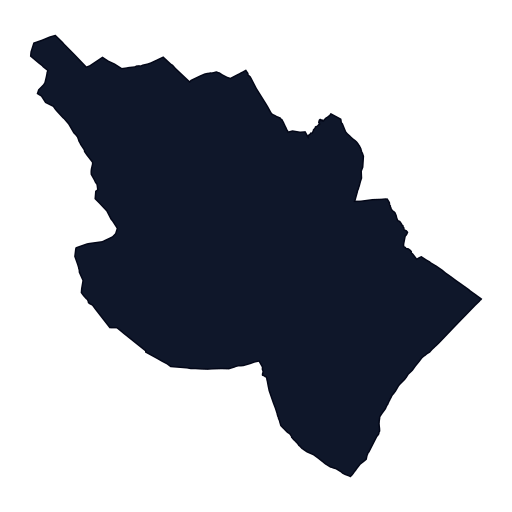 Drangedal nor, Telemark, Norway
{"feature_id": "86288312B55078713948498", "entity_name": "Drangedal nor", "entity_type": "district", "adm_level": 2, "iso_a3": "NOR", "parent_name": "Norway", "parent_adm1": "Telemark", "projection": "mercator", "projection_center": [9.073, 59.091], "detail": "fine", "context": "isolated", "style": "filled", "palette": "ink", "viewbox_px": 512, "rotation_deg": 0, "n_neighbors": 0, "source": "geoboundaries", "source_scale": "gbopen_adm2", "svg_char_len": 5900}
<svg xmlns="http://www.w3.org/2000/svg" viewBox="0 0 512 512"><path d="M481.3,299.0L469.8,290.7L468.9,289.8L455.9,280.6L448.7,275.3L445.5,273.1L442.2,270.3L435.5,265.7L435.0,265.6L434.7,265.3L430.8,263.0L429.4,261.8L426.5,260.2L421.3,256.8L418.8,258.0L416.7,259.3L413.0,254.5L412.4,253.8L411.1,252.8L411.3,251.6L410.3,250.4L408.3,248.9L405.8,248.5L405.4,247.8L405.3,247.5L404.4,247.1L403.8,246.6L403.6,245.9L403.6,244.6L403.6,244.0L405.0,236.8L405.2,236.1L406.2,235.0L406.8,234.0L407.5,232.3L406.4,230.9L404.0,229.8L403.8,227.8L403.1,227.1L402.9,225.7L401.7,224.8L401.4,223.8L401.0,223.5L400.6,222.6L399.6,221.4L397.8,220.7L396.7,218.1L396.1,215.5L394.9,212.7L393.6,211.5L392.9,211.2L392.2,210.5L390.7,208.1L390.6,207.9L390.8,207.7L390.6,207.3L390.3,206.6L390.3,205.8L389.7,205.1L389.3,204.0L389.5,203.2L389.1,202.2L387.2,199.1L386.3,199.1L386.0,199.3L385.6,199.0L381.3,199.4L372.7,199.7L360.7,201.3L354.5,201.4L355.3,199.2L355.6,198.0L357.3,191.9L357.5,190.7L358.1,189.4L358.4,188.6L358.7,187.3L359.1,186.3L360.4,181.4L361.5,178.1L361.2,171.1L362.7,167.2L363.4,156.3L362.3,153.0L361.9,152.5L361.5,151.8L361.5,151.2L361.1,150.1L360.9,149.0L360.4,148.1L360.2,147.4L359.8,147.0L359.4,145.9L358.8,145.5L358.6,145.0L358.6,144.8L358.5,144.6L356.8,142.3L356.0,141.5L355.0,140.6L352.7,138.9L350.2,136.6L350.0,136.3L347.2,133.8L345.6,131.9L342.3,123.8L341.5,123.0L341.2,122.3L340.9,120.0L340.7,119.2L338.9,118.2L330.9,113.9L330.3,114.7L330.3,115.0L330.2,115.2L329.4,115.7L327.3,117.4L326.4,117.8L325.3,118.7L325.0,119.2L324.3,119.7L323.6,120.9L323.4,121.1L322.7,121.0L322.3,120.5L322.3,120.2L322.1,120.2L321.9,120.1L321.7,120.4L321.2,120.6L321.2,120.3L320.9,119.9L320.4,119.5L320.1,119.5L319.8,119.7L319.7,120.0L319.3,120.3L319.3,120.5L319.5,120.5L319.0,121.3L319.0,121.7L318.8,122.3L318.8,122.5L319.2,122.7L319.1,123.2L319.6,123.7L319.6,124.3L319.4,124.6L318.7,124.7L318.4,125.0L317.6,126.0L316.4,126.7L315.9,126.7L315.4,127.1L315.3,127.4L315.3,128.0L313.5,129.9L313.4,130.7L313.0,131.6L312.5,132.5L311.9,133.2L310.7,133.2L310.3,134.1L308.6,135.3L308.5,135.7L308.2,135.8L308.0,137.1L305.1,131.9L300.1,132.3L292.5,131.0L288.1,132.2L287.6,131.0L286.8,129.9L285.7,127.3L285.4,126.9L284.4,124.7L284.0,123.9L283.5,122.7L281.8,119.6L281.2,119.3L280.2,118.5L280.0,118.2L279.9,117.8L279.4,117.8L278.0,117.1L276.7,116.7L274.7,115.5L273.1,114.8L271.6,113.8L270.6,112.3L267.7,107.0L265.9,104.0L256.2,88.5L251.0,78.4L250.1,76.8L248.0,75.0L247.8,73.3L247.4,72.8L245.8,70.4L242.8,72.1L240.9,73.0L239.5,73.9L238.3,74.4L230.4,78.5L227.0,77.4L222.2,74.9L219.4,73.0L217.8,72.6L216.6,72.0L215.4,72.2L214.2,72.6L211.8,73.1L210.1,73.0L209.6,73.3L207.4,73.5L204.7,74.1L200.3,76.0L191.1,80.4L189.6,82.0L175.2,68.4L172.5,65.3L170.8,64.3L163.2,57.2L150.9,63.0L147.7,64.1L142.8,65.2L141.0,66.0L140.4,66.1L139.0,65.9L136.6,66.1L134.8,67.0L128.8,67.6L126.3,68.1L121.7,68.7L114.5,64.1L108.2,61.2L102.5,57.4L89.8,65.9L86.3,67.2L74.4,54.8L63.8,44.1L62.5,42.5L55.3,35.5L49.7,37.1L42.0,40.3L33.9,43.1L31.1,51.9L30.7,56.1L39.4,63.4L40.4,64.1L42.4,65.7L43.2,66.7L46.6,69.4L47.9,70.4L47.1,72.8L47.0,73.9L46.3,77.3L45.0,82.7L43.7,84.8L38.7,89.9L37.5,93.6L41.5,96.0L45.6,102.4L53.4,106.3L55.4,109.2L57.1,111.2L63.0,117.6L64.3,118.7L68.8,124.0L73.9,132.8L75.9,134.8L77.6,137.0L78.6,139.7L79.0,141.1L79.9,142.6L80.8,144.5L84.4,149.9L84.6,151.5L87.0,155.0L92.6,162.2L92.6,164.1L91.5,168.8L91.3,170.2L91.2,171.9L91.3,174.3L94.4,179.8L95.5,182.2L97.1,184.4L97.8,189.8L95.8,191.3L95.2,198.7L99.6,203.1L106.9,210.9L111.1,219.1L112.7,221.0L117.4,228.3L115.7,233.7L112.7,236.8L109.5,238.4L102.2,241.8L89.0,243.6L87.0,244.0L76.2,247.8L75.8,248.9L74.9,256.4L77.8,264.6L78.7,267.6L78.8,268.5L79.3,269.9L79.4,272.2L83.1,280.5L81.7,288.7L81.4,292.6L83.7,295.7L86.5,298.8L87.1,299.1L87.8,300.2L88.2,301.1L88.5,302.6L89.5,303.5L92.1,304.8L92.8,305.4L95.5,309.1L109.9,327.6L117.0,327.7L125.0,334.3L145.7,350.8L145.8,352.1L157.7,358.6L162.0,361.1L167.2,363.8L170.7,366.5L187.1,367.8L190.7,368.5L195.1,368.5L201.7,368.9L207.6,369.1L211.8,368.8L221.5,368.5L228.8,368.7L234.6,366.9L235.6,366.4L238.4,365.7L241.1,365.7L243.3,365.5L250.2,363.5L254.6,361.9L259.1,361.0L262.5,367.0L262.4,369.3L262.8,370.4L263.1,371.5L263.3,371.7L262.7,373.2L262.9,373.4L262.6,374.0L262.5,374.5L262.5,374.9L262.6,375.2L264.3,375.8L265.2,376.6L265.6,376.5L266.1,376.8L266.8,378.2L267.0,379.9L267.3,380.8L268.3,386.3L268.7,388.1L269.2,390.6L273.4,402.8L275.5,408.3L277.2,413.6L277.4,414.9L277.8,415.7L277.9,416.5L278.3,417.0L278.6,418.6L278.8,418.8L278.8,419.1L279.1,419.5L279.7,421.3L279.8,421.9L280.5,424.2L280.7,425.1L281.0,425.7L283.6,428.4L284.1,428.8L285.4,430.2L287.5,432.3L288.8,433.1L290.0,434.0L291.5,436.2L291.7,437.3L292.3,437.8L292.6,438.3L294.0,439.9L294.4,440.1L295.0,440.8L295.6,441.2L295.9,441.8L296.3,442.0L298.4,444.5L298.9,445.4L299.9,446.1L300.4,446.7L301.5,447.8L302.0,448.4L307.0,451.8L313.6,454.7L318.4,458.2L325.5,463.9L330.5,467.0L331.9,467.3L333.3,467.9L336.1,468.7L341.3,471.9L342.6,473.1L345.1,474.4L349.5,476.0L350.3,476.5L351.6,475.3L353.0,473.6L354.3,471.7L355.5,470.3L356.4,468.9L360.1,464.1L364.6,460.6L366.2,459.2L366.7,456.7L366.9,455.7L367.9,453.2L368.2,452.5L368.8,452.0L376.8,436.3L377.6,435.5L378.8,433.7L378.6,432.7L379.3,431.8L379.6,430.9L379.5,428.5L379.2,425.9L379.0,423.5L379.1,422.6L379.2,421.0L379.6,418.3L379.7,416.8L382.0,413.3L385.1,409.1L385.7,408.0L386.2,406.7L387.1,405.0L387.8,404.1L388.0,403.4L389.2,400.8L389.6,400.2L390.2,398.8L391.0,397.5L391.5,396.3L392.5,394.6L393.5,393.7L394.0,392.9L395.4,391.1L398.4,385.9L399.6,384.4L404.6,379.4L405.6,378.0L406.0,377.6L408.2,374.1L411.1,371.4L412.4,370.1L415.3,366.0L419.3,361.1L421.7,357.9L423.7,356.1L424.9,355.4L426.7,353.8L429.7,352.0L429.9,351.6L430.4,351.1L432.2,349.1L434.4,347.1L434.6,346.8L436.1,345.5L438.8,342.9L458.3,322.5L459.7,321.1L461.7,319.0L462.6,318.1L475.0,305.3L479.2,301.3L480.2,300.0L480.9,299.6L481.3,299.0Z" fill="#0f172a" stroke="#020617" stroke-width="1.5"/></svg>